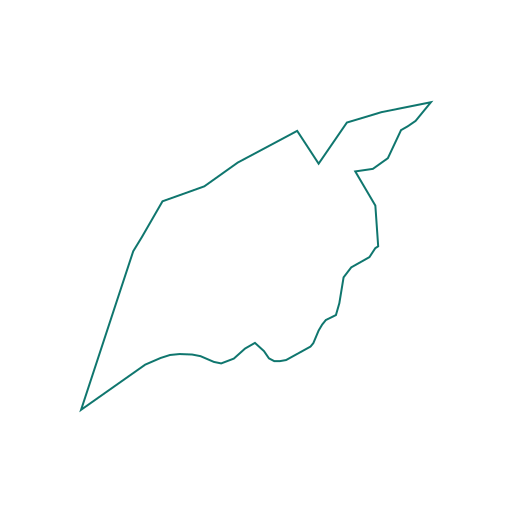 SVG path tracing the border of Ntoroko, rotated 197°
{"feature_id": "UGA-5610", "entity_name": "Ntoroko", "entity_type": "District", "adm_level": 1, "iso_a3": "UGA", "parent_name": "Uganda", "parent_adm1": "", "projection": "mercator", "projection_center": [30.315, 1.025], "detail": "fine", "context": "isolated", "style": "outline", "palette": "teal", "viewbox_px": 512, "rotation_deg": 197, "n_neighbors": 0, "source": "natural_earth", "source_scale": "10m", "svg_char_len": 753}
<svg xmlns="http://www.w3.org/2000/svg" viewBox="0 0 512 512"><g transform="rotate(197 256 256)"><path d="M279.8,144.0L288.3,143.1L300.4,139.9L309.3,136.2L317.4,130.6L330.2,119.7L378.3,57.8L376.0,169.1L374.8,224.7L370.7,240.6L361.4,281.0L325.8,307.5L300.7,340.1L253.2,387.7L223.1,362.6L208.1,410.2L178.0,430.3L133.7,454.2L142.9,431.8L148.9,424.3L154.1,418.8L158.5,388.1L169.7,373.5L185.8,365.9L156.6,339.1L142.0,301.0L142.2,300.7L144.2,298.4L147.2,288.1L161.6,273.0L166.0,261.2L162.5,235.2L162.3,222.9L170.5,215.2L172.7,209.7L174.3,203.1L175.7,189.4L177.4,185.3L196.8,165.3L202.3,162.5L207.8,160.8L213.7,161.9L220.6,167.4L231.6,172.6L239.4,164.3L247.2,151.4L257.9,143.1L265.3,142.4L279.8,144.0Z" fill="none" stroke="#0f766e" stroke-width="2"/></g></svg>